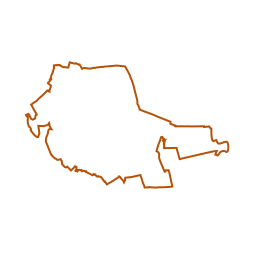 the district of Duda-Epureni, Vaslui, Romania, rotated 12°
{"feature_id": "2599482B75726639165286", "entity_name": "Duda-Epureni", "entity_type": "district", "adm_level": 2, "iso_a3": "ROU", "parent_name": "Romania", "parent_adm1": "Vaslui", "projection": "orthographic", "projection_center": [28.077, 46.731], "detail": "fine", "context": "isolated", "style": "outline", "palette": "amber", "viewbox_px": 256, "rotation_deg": 12, "n_neighbors": 0, "source": "geoboundaries", "source_scale": "gbopen_adm2", "svg_char_len": 5570}
<svg xmlns="http://www.w3.org/2000/svg" viewBox="0 0 256 256"><g transform="rotate(12 128 128)"><path d="M221.5,136.2L223.2,132.6L224.0,131.7L225.7,130.7L227.3,130.5L228.2,130.7L229.2,131.0L229.8,130.8L230.2,130.2L230.4,129.2L230.5,127.5L230.1,125.7L229.3,123.1L228.4,121.7L227.6,121.0L226.8,121.0L225.2,121.7L221.5,124.0L220.1,124.4L219.3,124.3L218.3,123.4L217.5,122.4L216.8,121.4L214.4,123.1L213.7,122.9L213.3,122.6L212.5,121.4L211.5,118.9L211.2,117.8L210.2,114.0L209.8,111.8L209.6,111.2L208.9,111.2L208.7,111.1L207.8,110.4L207.2,109.6L202.1,111.2L201.9,110.5L192.2,112.7L174.0,116.5L173.8,116.5L173.9,115.8L168.6,115.1L168.2,113.0L167.5,112.9L166.1,112.7L162.8,112.1L156.5,111.1L150.3,109.9L148.7,109.5L144.5,109.0L143.4,108.7L142.8,108.7L142.4,108.7L138.2,108.0L136.2,107.6L135.6,107.6L135.6,107.2L134.9,106.1L133.6,104.0L132.6,103.0L132.2,102.4L132.0,101.6L131.3,99.0L127.2,90.8L124.3,84.8L121.5,80.1L119.8,77.8L119.1,76.7L118.9,76.1L115.4,71.8L112.4,68.4L106.9,68.9L103.3,69.4L102.0,69.9L92.1,72.9L91.6,73.2L91.0,73.4L90.8,73.3L86.6,74.7L84.4,75.5L83.0,76.1L82.7,76.3L82.0,76.2L80.6,76.8L80.4,77.0L79.7,77.3L79.5,77.5L78.5,77.8L76.6,78.1L74.4,78.2L72.5,78.4L72.0,78.6L70.8,79.7L67.4,75.9L66.5,76.3L66.0,76.1L64.1,75.7L63.8,75.5L63.1,75.6L62.8,76.0L62.4,76.1L60.5,76.1L57.4,75.9L57.0,81.2L55.3,81.5L53.1,81.7L52.4,81.9L51.1,81.7L50.1,81.4L48.9,81.2L48.6,80.9L48.5,80.7L46.1,80.9L46.1,81.2L43.5,81.8L42.5,82.2L42.7,82.7L42.7,83.0L42.9,83.8L43.1,84.2L43.2,84.9L43.1,85.5L42.9,86.3L42.9,88.1L42.7,89.7L42.6,90.5L42.3,91.5L42.1,92.8L42.2,95.0L42.0,95.8L41.7,96.2L42.7,96.4L42.2,97.4L40.3,100.5L40.3,100.8L40.5,101.0L41.2,101.1L41.6,101.5L42.2,101.7L43.8,102.4L43.8,102.7L43.7,103.1L43.9,104.2L43.9,104.4L43.7,105.4L43.6,105.8L43.6,106.4L43.5,106.8L43.5,107.5L43.2,107.6L43.3,107.7L43.5,107.9L43.5,108.4L43.6,108.8L42.6,108.5L41.2,108.2L40.1,110.1L38.6,112.3L36.9,114.7L34.2,118.4L33.1,120.4L31.0,122.4L28.4,125.3L29.0,125.9L32.3,129.8L33.2,130.8L34.1,131.8L35.0,132.6L35.8,133.8L35.4,133.9L35.2,134.2L35.0,135.9L35.1,137.5L35.1,137.9L35.0,138.2L33.1,139.6L32.0,139.4L31.0,138.9L29.9,137.3L29.2,136.4L28.5,135.6L27.6,134.9L25.5,136.5L26.5,137.7L27.1,137.8L27.4,137.6L27.7,138.1L28.1,139.0L28.1,140.7L28.8,143.2L29.2,144.5L30.1,146.1L30.5,146.7L30.9,147.2L31.8,147.6L32.3,147.9L32.7,148.4L33.5,149.7L33.5,150.2L33.3,150.4L33.9,151.0L36.2,153.0L37.0,153.7L39.0,155.0L39.5,155.2L40.3,155.6L41.5,155.7L42.0,155.5L42.0,154.7L42.1,154.3L42.4,151.5L39.9,144.6L45.7,143.6L46.3,143.0L47.8,142.3L49.2,141.2L49.8,139.6L50.4,140.6L50.5,141.9L52.0,143.6L52.5,144.4L53.3,145.1L52.0,145.2L51.2,145.6L50.7,146.5L50.6,147.6L50.7,150.1L50.5,151.9L50.1,153.4L50.1,155.7L50.2,157.2L50.6,158.6L51.2,159.5L52.1,160.6L52.6,161.4L52.9,161.7L53.7,163.2L55.5,165.7L56.2,166.9L56.6,167.5L58.1,169.7L58.4,170.1L59.4,170.6L59.7,171.0L60.3,171.4L61.0,171.9L61.8,172.3L62.9,172.9L64.0,173.1L64.9,173.7L65.3,173.8L65.6,173.8L66.0,173.8L68.7,172.5L69.3,173.4L70.1,174.1L70.2,174.6L70.5,175.2L70.7,175.8L70.7,176.3L70.9,176.7L71.1,177.0L71.4,177.3L71.7,177.4L72.1,177.9L73.0,178.4L73.9,179.1L74.2,179.3L75.4,179.5L75.7,179.4L76.6,178.4L77.5,179.0L81.1,181.4L81.8,180.3L82.9,178.9L83.3,178.0L83.7,177.5L83.8,177.2L84.0,176.8L84.2,177.1L84.4,177.1L84.8,176.9L85.3,177.0L85.6,176.8L85.9,177.4L85.9,178.1L86.1,178.9L86.0,179.2L85.8,179.6L85.5,180.8L85.8,180.9L86.0,180.8L86.8,180.9L87.4,181.1L87.7,180.9L87.6,180.6L87.5,180.4L87.4,179.7L87.7,179.6L87.9,179.4L88.2,179.3L88.5,179.3L88.9,179.1L89.4,179.1L90.2,178.9L90.8,178.8L91.0,178.8L91.6,179.9L92.4,179.7L92.8,179.4L92.9,179.1L93.5,179.0L94.0,179.0L95.3,179.2L95.5,179.5L95.8,179.2L96.0,179.1L96.1,179.4L96.1,179.5L97.0,179.8L98.2,180.3L99.8,180.6L100.9,181.0L102.6,181.4L102.8,181.6L103.1,181.6L103.5,180.9L103.8,180.5L104.0,180.9L104.4,180.9L104.6,180.8L105.2,180.2L105.5,180.2L105.5,180.3L105.4,180.6L105.5,180.8L106.1,180.9L106.5,181.1L106.8,181.4L107.8,181.9L108.2,181.7L108.5,181.6L108.7,181.4L109.0,181.6L109.2,181.4L109.5,181.5L110.0,181.6L110.8,181.4L111.1,181.4L111.5,181.5L112.1,181.8L112.1,182.0L112.3,182.2L112.5,182.2L112.6,182.3L113.2,182.8L113.4,182.9L113.7,183.2L114.2,183.6L114.5,183.8L115.0,184.5L115.5,184.7L115.9,185.3L116.4,185.6L116.7,185.2L119.1,187.6L125.0,182.1L129.6,177.4L129.6,177.2L129.9,177.3L130.2,177.4L132.0,179.0L134.4,180.7L135.1,181.3L135.2,182.0L135.3,182.1L135.4,181.3L135.7,180.7L135.7,180.0L135.6,179.6L136.1,180.4L136.4,180.7L136.1,180.1L135.8,179.3L135.7,178.7L135.7,177.2L142.3,175.0L144.9,173.7L149.9,171.5L151.9,174.7L154.3,179.2L154.7,179.6L155.6,180.7L156.1,181.7L156.7,182.8L157.9,182.3L158.4,182.3L161.3,181.5L161.2,181.4L161.3,181.3L163.2,181.2L165.3,180.8L165.6,180.9L168.1,180.3L172.5,179.1L174.6,178.7L179.1,177.5L182.4,176.5L183.5,176.0L177.9,163.5L176.4,160.8L173.8,161.6L173.7,162.6L173.2,162.9L173.4,163.8L167.0,154.7L166.2,153.4L164.6,150.7L164.3,149.7L164.1,147.4L162.8,145.4L160.7,144.8L160.8,142.9L161.1,138.6L161.5,136.1L161.9,133.9L162.1,132.0L162.3,130.1L162.5,130.0L163.2,129.6L163.4,129.5L163.6,129.6L163.7,129.8L164.3,130.8L164.4,131.0L164.7,130.9L165.0,131.0L165.3,131.1L165.7,131.5L165.4,131.6L165.3,131.8L165.3,132.0L165.5,132.1L166.0,132.0L165.7,132.3L165.0,132.9L164.8,133.2L165.0,133.3L165.9,132.7L166.5,132.2L166.7,132.6L166.6,133.7L166.2,133.7L166.1,134.4L166.4,135.4L166.8,135.5L166.8,135.9L166.3,135.9L166.3,136.2L166.6,136.8L167.0,137.6L167.2,137.9L167.4,138.5L167.0,139.3L167.3,139.8L167.5,140.2L179.6,137.4L185.0,147.7L185.4,147.7L187.0,146.7L211.3,135.4L215.5,133.5L217.6,132.7L219.6,132.1L219.0,135.9L221.5,136.2Z" fill="none" stroke="#b45309" stroke-width="2"/></g></svg>